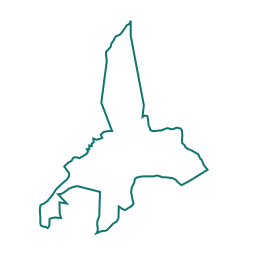 the district of Canguaretama, Rio Grande do Norte, Brazil, rotated 184°
{"feature_id": "56859067B38788707888311", "entity_name": "Canguaretama", "entity_type": "district", "adm_level": 2, "iso_a3": "BRA", "parent_name": "Brazil", "parent_adm1": "Rio Grande do Norte", "projection": "natural_earth1", "projection_center": [-35.135, -6.417], "detail": "fine", "context": "isolated", "style": "outline", "palette": "teal", "viewbox_px": 256, "rotation_deg": 184, "n_neighbors": 0, "source": "geoboundaries", "source_scale": "gbopen_adm2", "svg_char_len": 1792}
<svg xmlns="http://www.w3.org/2000/svg" viewBox="0 0 256 256"><g transform="rotate(184 128 128)"><path d="M209.9,45.0L210.3,40.7L209.8,36.7L209.3,33.3L209.0,30.4L208.9,27.1L208.1,24.7L205.6,23.7L203.4,23.6L201.2,22.6L199.6,24.9L199.9,31.7L197.2,33.0L194.0,33.7L191.2,33.5L188.5,33.6L190.2,37.9L191.1,49.1L183.9,48.4L193.1,57.1L189.8,57.7L187.0,59.6L182.4,63.5L178.1,65.5L174.6,66.5L151.5,62.3L150.5,38.2L152.0,33.4L152.1,29.6L151.3,26.8L151.0,23.1L152.2,20.8L147.3,23.2L143.8,23.8L141.9,24.7L138.9,28.1L136.2,31.5L132.7,34.1L131.2,37.5L131.7,49.1L128.5,47.1L125.4,45.8L118.4,50.8L117.2,53.0L118.6,57.1L120.4,64.2L120.1,69.1L118.1,73.5L117.6,77.6L115.4,79.4L110.4,80.7L103.6,81.3L99.2,81.5L95.9,82.6L93.2,82.2L89.8,81.2L87.3,81.5L80.1,81.1L77.1,79.9L74.1,77.1L70.7,74.7L63.8,78.9L62.1,80.1L45.7,91.9L49.9,96.4L52.1,101.1L53.9,102.6L56.1,106.8L59.6,108.3L63.0,110.1L66.8,111.3L69.3,112.8L70.5,114.9L72.9,116.7L73.4,120.6L73.2,123.8L74.0,129.3L75.6,131.2L79.8,131.7L81.9,130.4L84.0,129.8L88.9,130.6L95.4,127.6L97.4,127.6L100.6,126.8L103.1,126.7L105.5,127.4L106.3,129.6L107.8,132.5L108.4,137.0L109.5,141.3L112.3,141.5L114.3,140.0L113.9,149.3L113.8,151.9L129.0,209.8L131.7,220.2L132.8,235.2L133.7,232.1L136.3,230.4L139.1,225.7L141.0,222.5L142.9,220.4L146.7,218.4L148.2,215.0L150.6,210.7L151.0,207.6L155.2,202.5L155.0,199.1L154.1,195.3L153.9,192.3L156.4,151.4L143.7,123.9L146.7,123.6L148.8,123.2L151.8,122.5L154.7,119.5L153.0,116.4L155.8,115.0L158.4,114.1L161.9,115.0L161.2,111.4L163.0,110.0L162.9,107.5L165.4,107.9L165.1,104.1L167.5,104.0L166.2,101.7L167.7,99.1L174.3,94.5L176.6,95.1L179.2,95.1L180.8,93.9L182.0,91.4L185.7,88.8L188.9,85.2L183.6,78.7L183.4,75.7L185.4,72.3L189.6,68.3L195.5,61.8L198.3,56.5L203.2,49.5L206.3,47.0L209.9,45.0Z" fill="none" stroke="#0f766e" stroke-width="2"/></g></svg>